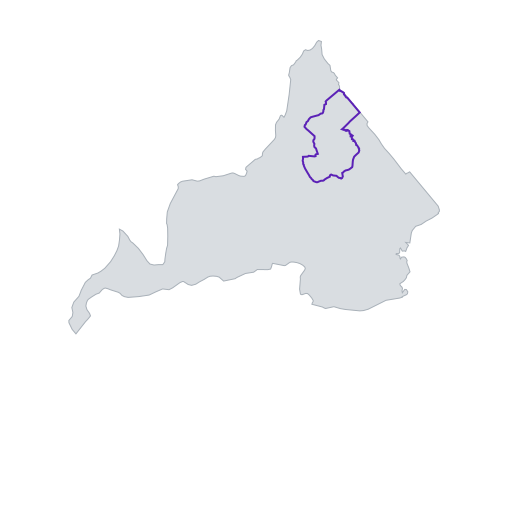 Haut-Nyong, Est, Cameroon (highlighted), rotated 230°
{"feature_id": "32672807B24706785822934", "entity_name": "Haut-Nyong", "entity_type": "district", "adm_level": 2, "iso_a3": "CMR", "parent_name": "Cameroon", "parent_adm1": "Est", "projection": "albers", "projection_center": [13.641, 3.366], "detail": "fine", "context": "in_parent", "style": "outline", "palette": "violet", "viewbox_px": 512, "rotation_deg": 230, "n_neighbors": 0, "source": "geoboundaries", "source_scale": "gbopen_adm2", "svg_char_len": 6136}
<svg xmlns="http://www.w3.org/2000/svg" viewBox="0 0 512 512"><g transform="rotate(230 256 256)"><path d="M130.4,341.7L131.4,339.1L138.5,327.1L143.1,307.8L145.1,303.3L147.2,300.3L157.6,290.1L161.5,286.8L167.1,283.1L171.1,275.5L172.4,274.8L174.2,274.1L183.1,267.8L183.9,269.0L184.4,270.5L185.1,271.2L188.0,271.7L191.9,271.7L194.2,271.3L195.4,270.0L196.7,266.5L197.4,265.8L198.3,265.6L202.6,268.1L209.7,275.1L211.5,276.4L212.3,277.7L213.9,284.1L214.7,285.7L216.3,286.3L219.0,285.9L221.9,284.8L224.5,283.2L227.0,281.1L228.7,279.2L229.4,277.8L229.8,272.6L230.4,271.5L239.7,264.0L239.4,263.2L237.9,261.1L236.6,258.8L237.9,256.4L239.4,254.6L244.8,248.3L245.1,243.8L249.4,236.7L251.9,227.3L252.0,225.5L257.6,215.1L263.5,214.2L265.7,212.8L268.3,210.2L270.0,207.8L270.8,205.6L271.4,201.2L272.5,196.2L273.1,191.8L274.9,187.8L277.8,185.7L283.0,184.1L283.7,183.3L284.5,180.6L285.2,171.7L286.1,167.7L290.8,163.3L292.9,156.3L294.8,149.0L300.2,140.2L306.5,131.4L309.4,129.1L311.9,128.0L314.7,127.9L316.7,127.2L323.5,122.9L326.3,121.4L328.4,119.9L328.9,118.6L329.1,116.6L328.4,112.1L329.6,108.8L330.3,103.7L330.6,99.7L330.3,98.3L329.1,96.0L327.0,93.5L323.6,92.0L319.0,91.6L316.5,90.7L315.6,86.1L315.3,83.2L312.1,68.0L318.0,68.0L325.1,69.8L326.9,71.2L327.8,76.4L330.4,79.4L334.9,81.8L337.8,86.8L338.9,94.4L341.4,99.0L341.9,99.7L345.5,108.3L345.7,112.2L345.4,114.9L346.8,118.2L344.6,123.9L344.0,127.4L343.8,132.3L345.1,140.9L347.2,147.5L349.5,152.9L351.9,157.1L356.0,161.7L360.3,165.9L364.4,168.6L360.6,170.1L353.4,170.4L349.2,169.5L347.2,169.4L345.2,170.0L337.5,170.8L329.7,170.4L322.4,169.4L318.0,169.6L314.6,172.1L311.9,176.0L309.3,179.1L310.2,182.4L312.2,184.3L315.9,188.4L319.3,192.4L321.0,195.1L327.7,201.0L334.1,206.2L337.2,208.1L338.4,208.4L341.9,211.5L346.8,216.4L351.3,224.1L357.6,239.7L358.9,240.9L361.1,241.8L361.3,243.4L361.2,245.8L360.5,247.8L355.5,256.0L351.1,259.1L349.8,261.0L348.2,265.7L344.2,275.0L342.5,276.3L338.5,282.5L335.3,290.4L334.5,291.7L333.1,292.6L328.5,294.6L327.0,295.6L324.6,298.1L324.3,299.6L325.4,301.9L326.7,303.7L329.1,303.7L330.4,305.4L330.5,317.6L329.4,319.5L329.4,320.3L328.8,322.4L328.7,324.8L329.0,325.7L330.0,326.4L331.2,328.1L331.9,331.8L333.5,345.1L334.3,347.2L335.6,348.6L339.6,351.5L343.9,355.2L345.2,357.7L346.0,361.7L347.7,364.8L347.6,365.9L347.0,366.3L344.3,366.6L345.2,368.9L347.4,372.8L358.3,385.1L368.8,396.0L371.3,396.8L373.1,397.0L373.9,397.7L374.9,399.2L378.4,403.2L379.0,405.5L378.3,407.7L379.1,411.1L379.7,412.3L379.5,413.4L379.8,417.6L380.8,421.2L382.4,424.3L382.2,426.5L380.2,427.7L379.0,429.8L378.7,432.6L379.3,436.0L380.8,440.0L380.9,442.4L378.3,444.0L375.6,441.2L372.5,439.4L367.8,436.1L363.1,435.0L357.1,434.8L354.5,435.2L350.0,432.5L348.5,432.2L346.5,433.3L345.2,433.3L343.5,432.9L340.0,433.0L339.7,431.1L339.1,430.7L335.4,430.9L334.3,429.3L333.8,429.5L332.3,429.0L329.3,426.8L326.2,428.3L319.6,428.1L286.8,428.0L286.0,426.0L284.3,424.9L281.4,424.8L272.7,425.2L266.0,424.9L261.5,424.1L255.9,423.6L249.0,423.9L242.0,423.9L229.4,423.3L222.4,423.4L222.5,424.6L222.1,425.6L221.7,427.8L177.1,427.6L173.4,426.1L172.3,425.1L172.0,423.3L171.2,423.1L171.9,415.3L173.4,408.8L174.0,402.8L176.1,397.4L175.1,392.1L173.8,389.8L167.1,382.2L170.2,379.4L166.1,379.7L165.2,376.9L163.3,373.6L164.5,373.0L165.7,371.2L169.3,371.8L169.2,370.9L166.1,368.0L166.4,366.6L167.7,365.0L167.1,364.3L164.8,366.0L163.1,365.9L161.8,364.9L160.9,364.7L161.5,366.8L160.2,368.8L159.0,369.4L156.9,369.3L155.2,368.8L154.7,367.7L153.2,366.9L148.7,365.4L144.9,363.8L144.2,359.2L142.7,357.2L142.1,354.9L141.8,352.4L142.3,348.4L141.4,347.8L140.3,347.6L138.6,347.8L137.2,347.5L135.4,345.4L133.8,344.5L134.8,348.5L133.7,349.6L131.0,349.3L129.8,347.8L129.6,346.6L130.9,341.8L130.4,341.7Z" fill="#d9dde1" stroke="#a8b0b8" stroke-width="1"/><path d="M270.3,356.9L270.5,357.5L270.1,360.6L269.3,363.5L270.1,364.3L270.3,365.1L270.1,365.9L268.2,366.8L265.7,369.2L263.9,369.4L262.5,369.8L261.6,370.7L260.6,371.0L260.4,372.1L261.2,373.7L262.8,374.6L264.2,375.4L264.0,376.4L264.2,377.6L264.0,379.5L262.9,381.7L262.5,382.7L262.5,382.9L262.3,384.8L262.3,386.1L262.2,386.7L262.9,387.7L266.0,390.7L266.1,390.8L267.4,392.2L269.0,395.1L269.2,397.8L269.3,401.1L270.4,402.9L271.0,403.1L271.8,403.9L272.4,403.8L273.0,404.3L274.3,404.3L275.8,404.6L276.7,404.1L278.0,405.0L280.0,405.2L280.7,405.5L281.0,405.0L281.6,404.5L282.4,405.4L283.5,405.1L283.9,404.6L285.2,405.6L285.7,406.1L286.0,407.4L286.7,407.2L286.1,405.7L286.8,405.3L287.6,406.1L288.5,406.8L289.5,406.4L291.7,407.8L292.4,407.5L293.5,407.3L293.9,406.9L293.5,406.0L293.9,405.6L294.6,405.7L294.7,405.1L295.1,405.1L295.7,405.1L296.4,404.1L297.5,403.6L297.8,403.4L297.8,404.6L298.0,407.5L298.4,412.4L298.7,414.3L299.0,422.3L299.3,427.7L300.3,427.7L303.6,427.7L305.1,427.7L305.6,427.7L306.1,427.7L307.7,427.7L309.6,427.7L309.8,427.7L309.9,427.8L310.4,427.8L311.0,427.7L311.9,427.7L313.2,427.7L314.4,427.7L315.9,427.7L316.0,427.7L318.3,427.7L318.6,427.7L318.8,427.5L319.1,427.3L319.3,427.3L319.5,427.1L320.0,427.1L320.4,427.1L321.2,427.3L321.8,427.3L322.1,427.3L322.9,427.3L323.3,427.3L323.8,427.6L323.9,427.8L324.1,428.0L324.3,428.2L324.5,428.2L324.9,428.1L326.4,427.5L327.5,427.2L328.0,426.9L328.6,426.4L328.9,426.6L329.1,426.7L329.4,426.4L329.6,426.4L329.7,426.7L329.8,426.7L329.8,410.1L329.6,408.7L328.2,408.0L327.4,407.3L327.9,405.6L325.6,403.3L324.7,402.3L324.5,401.4L323.6,400.7L322.7,399.3L322.7,398.2L323.4,397.3L323.5,397.0L323.7,394.4L324.4,393.0L326.4,388.7L327.1,387.0L326.8,384.4L326.0,382.5L326.1,380.8L324.8,378.5L324.9,377.6L323.8,376.2L320.7,376.3L318.7,376.7L313.6,377.4L310.2,377.9L308.7,376.7L308.0,375.7L307.9,374.6L307.2,373.7L306.3,373.2L306.1,373.2L304.3,372.8L303.7,372.0L302.9,371.3L301.8,370.8L299.8,371.1L297.7,370.2L294.5,369.0L295.0,368.0L295.4,367.1L295.2,366.4L294.2,365.8L294.6,364.9L298.9,360.7L298.8,360.0L299.0,359.5L299.2,359.1L301.8,355.7L300.2,354.5L299.0,353.0L297.2,352.2L296.2,351.3L295.0,351.2L294.5,350.7L293.8,350.5L291.4,349.8L286.7,349.0L283.4,348.5L282.0,348.1L280.3,348.3L279.2,348.1L277.7,348.4L276.6,348.2L276.4,348.2L273.7,349.7L273.0,350.6L272.6,352.1L271.8,354.3L270.6,355.7L270.3,356.9Z" fill="none" stroke="#5b21b6" stroke-width="2"/></g></svg>